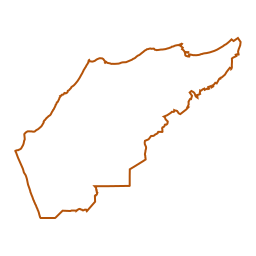 the district of Manta, Manabi, Ecuador
{"feature_id": "8360857B72136829689010", "entity_name": "Manta", "entity_type": "district", "adm_level": 2, "iso_a3": "ECU", "parent_name": "Ecuador", "parent_adm1": "Manabi", "projection": "mercator", "projection_center": [-80.772, -1.033], "detail": "fine", "context": "isolated", "style": "outline", "palette": "amber", "viewbox_px": 256, "rotation_deg": 0, "n_neighbors": 0, "source": "geoboundaries", "source_scale": "gbopen_adm2", "svg_char_len": 5534}
<svg xmlns="http://www.w3.org/2000/svg" viewBox="0 0 256 256"><path d="M229.9,67.7L231.1,68.3L231.2,69.0L231.5,68.7L231.9,67.1L231.8,65.3L232.0,61.5L231.9,58.5L233.1,57.6L236.3,56.1L235.7,54.7L238.1,53.9L238.2,54.6L238.6,54.5L238.3,52.9L238.1,52.0L238.1,51.3L238.8,48.9L239.3,47.7L240.2,45.3L240.6,42.0L237.9,38.0L233.6,41.0L231.5,39.4L229.6,41.3L227.4,43.2L225.8,44.4L224.3,45.1L223.8,45.6L223.0,46.2L217.2,49.6L214.3,50.9L209.7,52.4L206.5,53.1L204.6,53.3L203.1,53.6L202.1,54.0L201.1,54.1L199.7,54.7L198.9,54.9L196.5,55.2L194.9,55.2L194.2,55.1L193.5,55.2L192.0,54.9L191.6,54.8L189.7,54.4L189.3,54.5L189.2,54.6L189.2,55.0L189.3,55.2L189.5,55.0L189.6,55.3L189.4,56.0L189.3,55.9L189.3,55.4L189.1,55.4L189.1,55.6L189.0,55.1L188.9,55.1L188.5,56.4L188.3,56.5L188.2,56.3L186.6,56.1L185.9,55.8L185.4,55.4L185.3,55.1L185.0,53.0L184.8,52.3L185.0,52.2L188.1,52.7L188.3,52.5L188.3,52.1L187.9,52.1L187.6,52.2L184.6,51.9L184.2,51.1L183.5,50.2L182.0,49.1L182.8,47.7L180.5,45.9L182.0,43.9L181.6,43.7L180.6,44.3L179.3,44.7L178.9,45.2L178.3,45.1L177.6,45.1L175.6,45.5L174.3,45.9L173.8,46.3L172.7,46.6L171.7,46.7L171.2,47.2L170.7,47.5L169.6,47.8L168.7,48.2L167.7,48.4L165.5,49.1L162.6,49.5L160.5,49.6L158.8,49.9L156.9,50.1L156.5,50.1L156.1,49.9L155.0,49.8L154.4,49.3L154.2,48.9L153.8,48.6L151.5,48.8L151.1,48.8L150.7,48.5L150.3,48.5L149.2,48.7L148.8,48.9L148.2,49.1L147.0,49.2L146.1,49.9L144.9,50.5L143.7,51.5L143.2,52.0L142.5,52.4L142.0,52.9L140.9,53.7L140.4,54.2L140.1,54.4L139.1,55.1L137.9,55.6L136.4,56.7L135.3,57.8L133.7,58.7L133.2,58.8L132.0,59.7L126.0,62.2L123.6,62.3L122.3,62.4L120.9,62.8L120.1,63.2L119.3,63.4L118.8,63.6L114.5,63.9L112.6,63.8L111.7,63.9L111.1,63.8L110.1,63.4L107.5,62.9L106.5,62.3L106.3,61.9L105.8,61.7L105.3,62.7L104.4,63.4L105.2,62.5L105.7,61.6L104.7,61.0L104.2,60.4L103.8,59.7L103.2,59.0L102.2,58.4L99.8,58.2L98.6,58.6L97.7,59.0L96.6,59.5L94.7,60.9L93.5,61.3L92.8,61.5L92.2,61.6L89.5,61.2L89.2,60.9L89.3,60.2L89.2,60.0L88.8,60.3L88.5,61.1L88.3,62.7L88.0,62.9L87.5,63.9L86.4,65.5L85.7,67.0L85.2,67.6L84.6,68.7L83.7,70.0L83.5,70.7L83.1,71.3L82.5,72.7L81.6,74.3L80.8,75.6L80.6,76.1L79.4,78.2L77.5,81.1L75.3,83.8L73.9,85.3L72.7,86.2L71.6,86.9L71.4,87.1L70.8,88.3L69.8,89.2L69.4,89.8L68.7,90.4L67.8,90.8L67.6,92.0L67.0,92.7L66.4,93.1L65.7,93.4L65.1,93.0L64.8,92.9L64.4,93.0L64.0,93.7L63.5,94.4L63.1,94.6L61.9,94.7L61.7,94.9L61.5,95.5L60.8,95.7L60.4,95.9L60.6,96.1L60.3,96.3L60.3,96.7L59.6,97.5L59.2,98.9L58.1,101.1L57.9,101.7L57.4,102.1L56.8,102.4L56.6,103.4L56.0,104.5L55.7,104.7L55.6,105.3L55.4,105.9L55.1,106.3L54.9,107.0L54.1,108.4L53.7,109.4L53.1,109.9L52.8,110.7L52.0,111.9L50.8,114.3L50.2,115.1L49.1,115.9L48.6,116.1L47.2,117.6L46.7,117.8L45.0,120.0L44.6,120.3L44.3,120.5L43.6,121.8L43.7,122.5L41.8,125.7L41.3,126.4L38.9,128.5L37.9,129.3L36.5,130.0L35.6,130.7L35.0,131.3L34.4,131.6L33.6,131.7L32.5,131.6L31.6,131.4L30.1,131.4L28.9,131.3L28.2,131.3L27.5,131.4L26.0,132.3L25.3,133.0L24.6,133.7L24.4,134.0L24.3,134.4L24.7,138.3L24.7,139.6L24.2,140.6L23.6,143.6L23.0,145.2L21.1,148.5L20.8,148.8L19.6,149.5L19.0,149.7L18.2,150.2L17.2,150.2L15.4,150.8L15.4,151.2L15.6,151.7L16.1,152.5L16.4,153.4L18.0,157.7L22.8,168.6L23.3,170.2L23.9,172.5L25.7,175.3L26.2,176.7L26.9,179.0L27.6,182.5L28.0,184.5L29.5,188.7L30.2,190.9L30.4,192.0L30.9,193.2L31.5,194.9L32.4,197.0L33.3,199.7L33.9,200.8L34.2,201.8L34.9,203.2L35.1,203.9L35.9,205.3L36.7,207.5L37.3,208.6L37.7,209.9L38.3,211.1L38.9,212.9L39.2,214.2L39.9,216.6L40.2,217.5L40.7,218.0L55.0,218.0L55.7,217.5L62.6,210.7L70.3,211.0L71.7,210.5L76.0,210.6L76.5,210.4L76.5,210.8L77.0,210.4L78.5,209.2L79.2,209.1L79.8,208.9L80.1,209.0L80.9,209.5L81.9,209.7L82.5,210.3L83.2,210.4L85.0,209.6L86.3,209.7L86.5,209.9L86.6,210.9L86.8,211.2L95.1,201.7L94.9,195.9L95.0,195.8L95.5,195.7L95.6,195.1L96.4,194.9L96.8,194.5L97.3,192.8L97.0,192.7L96.8,192.4L96.9,191.7L96.6,191.2L96.7,190.1L96.6,189.9L96.3,190.0L96.1,189.0L96.1,187.7L95.5,187.2L94.6,186.2L107.1,186.2L129.5,185.9L129.7,185.7L129.7,176.0L129.8,169.3L143.0,161.2L145.6,159.5L145.5,157.8L145.3,157.3L145.3,155.8L145.1,155.4L144.9,154.1L145.4,151.7L145.5,150.5L146.0,148.8L146.1,147.7L146.0,146.8L144.8,144.1L144.7,142.3L145.0,140.8L148.4,139.4L149.1,138.7L149.8,137.7L151.1,136.0L152.2,135.9L152.9,136.0L153.7,135.7L154.3,135.4L155.3,134.4L156.4,134.0L157.5,133.3L157.7,133.1L157.7,132.7L158.1,132.0L158.2,131.9L161.4,131.9L162.1,132.0L162.4,131.8L162.5,131.7L162.3,129.6L162.4,129.1L162.1,128.4L162.4,127.5L162.6,127.3L163.7,126.9L164.1,126.5L164.5,126.0L164.8,124.8L165.0,124.6L165.4,124.5L165.9,124.5L166.2,124.7L166.5,124.6L167.3,123.8L167.5,123.3L167.6,122.2L167.8,121.9L167.7,121.4L167.1,120.9L166.7,120.4L165.7,119.5L165.4,118.9L165.2,118.1L164.5,117.0L163.9,116.6L167.2,115.2L171.0,112.7L171.8,111.8L173.5,111.9L174.1,111.6L174.2,110.1L175.0,110.5L176.0,110.6L177.1,111.0L178.0,112.2L178.5,113.1L178.7,113.3L179.4,113.7L180.3,114.1L186.2,109.5L188.3,107.3L187.4,107.1L188.1,105.8L188.7,104.2L188.6,103.6L188.6,102.5L188.5,101.9L188.7,101.4L190.1,99.0L190.9,98.8L191.1,98.9L192.0,95.8L189.7,92.5L191.4,91.0L192.9,91.8L194.0,92.6L194.7,93.6L195.4,95.7L195.7,96.3L196.3,96.9L197.5,97.7L197.2,95.0L198.8,94.6L200.1,93.9L199.7,92.9L200.0,92.3L200.0,91.4L200.2,90.8L200.2,90.5L200.7,90.7L201.2,90.6L202.3,89.7L202.6,89.4L204.3,88.6L204.7,89.8L207.8,88.3L208.1,89.0L209.0,88.7L208.3,87.0L210.8,86.1L211.4,87.5L213.2,86.4L212.7,85.3L213.7,84.8L215.3,82.8L216.7,83.4L219.2,78.9L219.9,78.9L220.3,78.6L220.5,78.6L220.8,77.9L220.7,77.7L221.9,77.3L225.0,74.6L225.4,73.9L226.7,71.8L229.9,67.7Z" fill="none" stroke="#b45309" stroke-width="2"/></svg>